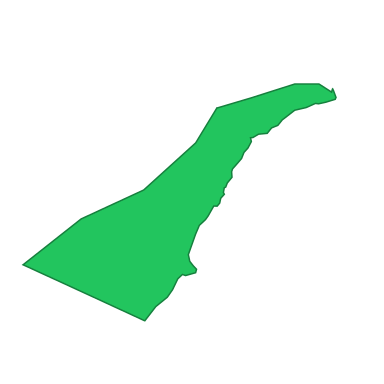 Ti Delcer, Soufrière, Saint Lucia, rotated 47°
{"feature_id": "8701671B68975897642122", "entity_name": "Ti Delcer", "entity_type": "district", "adm_level": 2, "iso_a3": "LCA", "parent_name": "Saint Lucia", "parent_adm1": "Soufrière", "projection": "albers", "projection_center": [-61.052, 13.833], "detail": "fine", "context": "isolated", "style": "filled", "palette": "green", "viewbox_px": 384, "rotation_deg": 47, "n_neighbors": 0, "source": "geoboundaries", "source_scale": "gbopen_adm2", "svg_char_len": 1021}
<svg xmlns="http://www.w3.org/2000/svg" viewBox="0 0 384 384"><g transform="rotate(47 192 192)"><path d="M147.5,116.4L158.6,155.8L157.6,226.0L136.1,291.4L130.0,365.2L196.2,338.0L253.5,314.6L254.0,314.3L251.1,296.6L252.1,281.8L250.2,272.9L245.8,261.6L245.8,255.2L248.7,253.7L253.5,244.4L251.6,241.4L246.8,241.4L241.1,240.9L239.0,239.6L235.3,237.4L225.3,218.2L221.4,209.4L221.4,201.0L220.5,196.5L217.1,185.7L219.5,183.2L219.0,179.3L216.2,175.3L215.7,169.9L213.8,169.4L210.9,165.5L211.4,164.0L209.5,160.1L208.5,152.7L204.2,149.2L202.8,146.7L202.7,146.2L202.3,141.8L201.3,132.9L198.5,127.0L198.0,121.1L195.6,114.2L192.2,112.2L193.7,110.3L195.1,103.9L200.4,97.0L199.4,90.1L201.8,83.7L200.8,76.7L201.0,75.0L202.1,62.7L202.3,61.0L208.0,51.1L208.3,50.4L211.4,41.3L211.9,40.9L213.8,39.3L215.7,36.1L217.6,32.9L221.9,24.0L221.4,23.0L221.1,22.2L214.4,19.4L214.1,19.3L212.5,18.8L212.5,19.1L214.1,21.8L199.6,25.5L183.1,43.2L163.3,85.0L149.1,113.5L147.7,116.3L147.5,116.4Z" fill="#22c55e" stroke="#15803d" stroke-width="1.5"/></g></svg>